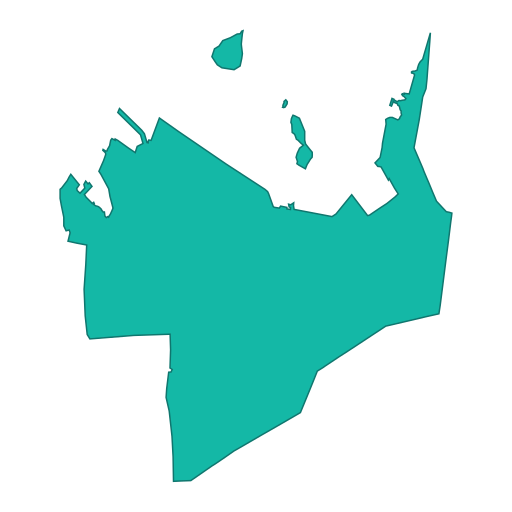 the district of Al Mu'alla, `Adan, Yemen
{"feature_id": "15242507B93201212408360", "entity_name": "Al Mu'alla", "entity_type": "district", "adm_level": 2, "iso_a3": "YEM", "parent_name": "Yemen", "parent_adm1": "`Adan", "projection": "equal_earth", "projection_center": [45.013, 12.791], "detail": "fine", "context": "isolated", "style": "filled", "palette": "teal", "viewbox_px": 512, "rotation_deg": 0, "n_neighbors": 0, "source": "geoboundaries", "source_scale": "gbopen_adm2", "svg_char_len": 3757}
<svg xmlns="http://www.w3.org/2000/svg" viewBox="0 0 512 512"><path d="M430.4,32.8L422.7,59.2L420.1,61.9L418.7,64.4L417.6,67.9L417.2,70.1L414.9,71.1L413.2,71.2L412.2,71.4L411.5,72.0L411.6,73.0L412.8,73.2L414.4,74.2L414.5,75.3L409.2,93.9L405.6,93.5L404.2,93.2L404.2,94.2L402.4,93.7L401.8,94.3L402.6,95.7L404.1,96.6L405.9,98.6L404.9,99.9L402.0,100.3L400.6,100.7L399.0,100.5L397.1,101.7L394.1,99.9L394.0,99.3L392.0,98.4L389.8,105.3L391.5,106.1L393.1,102.3L393.2,101.4L394.8,102.7L397.2,103.6L397.9,105.3L399.3,106.1L400.2,109.8L401.1,110.9L401.1,112.9L401.6,115.0L400.1,117.0L399.5,118.7L397.8,119.9L394.3,118.3L392.3,117.4L389.9,117.4L387.6,118.3L385.7,119.5L385.9,121.6L386.1,124.2L382.5,143.2L382.1,147.6L380.1,157.5L375.0,162.9L377.8,166.4L379.8,166.6L381.1,167.0L388.4,180.1L389.2,178.6L394.5,188.1L398.2,193.9L395.0,197.0L386.9,203.5L379.4,208.4L369.4,215.2L367.6,215.6L351.7,194.7L336.0,214.0L332.0,216.6L294.1,209.4L293.5,205.6L293.7,202.8L290.7,204.8L288.6,204.2L289.1,206.9L290.5,207.5L290.4,209.5L286.9,208.9L286.9,207.4L280.6,206.1L279.3,208.1L277.5,207.8L274.2,207.3L273.2,206.5L268.6,193.7L267.6,191.6L264.9,189.3L226.2,164.1L178.2,131.3L159.4,118.0L151.1,140.4L148.8,140.0L148.2,141.4L148.2,142.8L147.0,142.6L145.4,137.1L144.4,133.7L141.7,130.2L119.5,108.5L117.8,112.5L140.5,134.8L143.0,143.5L137.2,146.4L135.2,152.6L128.4,148.0L117.8,140.4L115.2,139.0L115.1,140.3L111.9,138.6L110.7,140.2L109.6,145.7L107.4,149.5L107.0,150.9L105.8,151.1L103.1,149.4L102.8,150.3L105.5,152.8L105.7,154.6L103.5,160.8L98.9,171.3L100.9,174.3L108.7,188.8L110.0,196.6L110.7,199.2L113.0,208.1L112.0,210.6L110.3,214.3L109.1,216.0L108.6,217.2L107.8,216.6L106.3,217.6L104.9,216.0L104.4,212.0L103.2,212.1L102.5,211.0L101.6,210.5L101.5,209.4L99.7,207.6L98.5,206.7L97.5,206.3L95.6,205.8L93.6,204.4L94.3,203.7L93.7,202.3L92.1,203.4L91.0,202.1L86.1,197.2L84.4,194.5L92.0,186.4L89.3,182.7L88.0,183.9L85.7,181.1L83.9,184.4L84.8,188.1L80.0,193.2L77.2,190.6L76.7,188.5L79.3,184.8L70.8,174.3L69.2,176.9L67.3,180.6L61.7,187.9L60.1,189.3L60.1,193.3L60.1,198.4L61.4,205.6L63.8,217.3L63.8,225.9L66.1,230.8L69.2,230.0L70.1,232.8L68.0,241.2L76.6,243.1L86.7,245.0L85.8,264.5L84.1,289.3L85.2,315.8L87.2,334.5L89.9,338.9L133.9,335.4L170.1,334.2L170.6,349.9L170.0,368.0L172.2,369.5L171.0,372.0L168.7,372.2L166.7,388.6L166.1,397.4L169.2,411.0L172.0,436.3L173.1,456.9L173.5,481.3L182.3,480.9L190.8,480.6L204.8,470.9L212.0,465.9L214.9,464.1L224.9,457.3L233.9,451.0L237.6,448.9L262.1,434.7L281.1,423.8L300.4,412.6L310.1,389.0L313.5,380.6L317.3,371.1L323.4,367.3L324.9,366.2L338.5,357.1L348.0,351.0L385.8,326.1L390.2,325.1L426.4,316.6L438.9,313.8L440.2,305.3L445.9,260.3L448.5,240.3L450.7,222.4L451.5,216.6L451.9,213.1L449.3,212.3L446.3,211.7L441.7,206.8L440.8,205.8L436.5,201.2L432.5,191.8L429.0,183.3L426.8,178.2L423.9,171.3L423.0,168.8L420.1,162.0L414.0,147.8L415.2,141.3L419.2,119.9L421.5,105.0L422.7,97.0L426.0,88.7L427.0,79.0L427.2,76.1L429.7,42.7L430.4,32.8ZM241.7,58.6L242.4,53.7L241.5,46.2L241.3,44.0L241.9,38.0L242.4,33.6L243.0,30.7L241.7,31.2L240.1,33.8L237.2,34.0L230.4,37.7L222.8,40.6L219.0,46.1L214.5,48.8L211.9,56.7L214.8,61.2L217.3,64.8L221.9,67.8L234.1,69.7L240.1,66.0L241.7,58.6ZM308.7,162.0L310.4,159.2L312.1,157.3L312.3,155.0L312.2,152.2L310.1,149.7L305.6,144.0L304.7,140.2L304.7,131.3L299.4,118.2L294.9,115.9L293.0,115.2L292.2,116.8L291.4,118.7L290.9,122.3L291.8,124.5L292.2,132.5L294.0,133.7L294.9,134.9L295.5,136.5L296.4,139.2L298.0,140.2L301.1,143.4L303.4,145.2L299.6,148.2L297.3,153.1L296.1,157.3L296.9,159.7L297.5,161.6L296.9,163.7L299.0,165.2L305.4,168.8L307.1,164.5L308.7,162.0ZM283.7,107.6L285.1,107.1L287.1,103.9L287.3,101.7L285.8,99.8L284.0,101.4L284.1,102.4L282.9,105.3L283.1,106.3L282.6,107.3L283.7,107.6Z" fill="#14b8a6" stroke="#0f766e" stroke-width="1.5"/></svg>